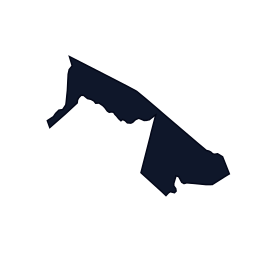 Calumbi, Pernambuco, Brazil, rotated 150°
{"feature_id": "56859067B78601657287504", "entity_name": "Calumbi", "entity_type": "district", "adm_level": 2, "iso_a3": "BRA", "parent_name": "Brazil", "parent_adm1": "Pernambuco", "projection": "equal_earth", "projection_center": [-38.061, -8.019], "detail": "fine", "context": "isolated", "style": "filled", "palette": "ink", "viewbox_px": 256, "rotation_deg": 150, "n_neighbors": 0, "source": "geoboundaries", "source_scale": "gbopen_adm2", "svg_char_len": 1191}
<svg xmlns="http://www.w3.org/2000/svg" viewBox="0 0 256 256"><g transform="rotate(150 128 128)"><path d="M195.5,167.5L175.4,171.5L159.5,175.1L157.6,177.6L155.4,178.9L152.3,179.8L150.1,178.5L148.3,173.7L145.7,171.3L144.0,168.5L143.6,165.6L140.6,164.1L138.6,160.0L137.9,157.4L137.4,153.0L136.4,151.0L134.5,150.3L132.6,148.9L132.5,146.3L131.9,144.1L131.4,140.7L130.5,137.8L128.3,138.1L126.7,135.6L126.0,132.8L123.1,130.8L121.1,130.6L117.4,131.5L113.8,131.1L111.9,128.7L110.3,126.5L108.2,125.4L105.3,124.5L102.9,124.9L101.0,125.1L99.3,125.5L97.4,125.5L107.8,114.9L110.4,112.3L112.1,110.4L139.1,82.8L130.6,56.3L128.9,50.5L125.4,51.6L123.2,51.7L120.1,48.7L117.9,49.3L117.0,51.6L117.3,55.0L116.1,57.1L110.3,62.6L108.4,60.5L108.6,54.2L107.3,51.9L104.6,51.2L98.1,46.7L88.9,40.1L83.3,36.9L69.2,37.5L65.2,37.6L63.2,37.6L60.5,55.8L63.3,60.9L66.1,61.9L67.6,63.3L68.3,65.7L69.5,67.6L71.4,69.4L75.7,81.2L90.9,124.1L92.2,128.0L98.3,145.1L102.2,155.5L107.2,163.6L122.3,187.1L143.0,219.1L145.2,209.8L149.7,208.0L152.9,204.5L161.8,190.7L163.7,188.1L168.5,181.4L170.3,179.1L175.4,176.6L178.9,178.0L183.4,176.8L186.9,175.1L194.2,174.7L195.5,167.5Z" fill="#0f172a" stroke="#020617" stroke-width="1.5"/></g></svg>